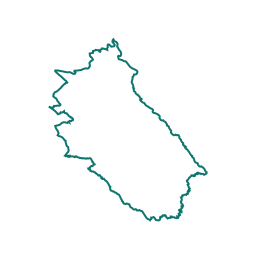 outline of Marolambo, Atsinanana, Madagascar, rotated 305°
{"feature_id": "10022922B10629043557873", "entity_name": "Marolambo", "entity_type": "district", "adm_level": 2, "iso_a3": "MDG", "parent_name": "Madagascar", "parent_adm1": "Atsinanana", "projection": "equal_earth", "projection_center": [47.828, -20.084], "detail": "fine", "context": "isolated", "style": "outline", "palette": "teal", "viewbox_px": 256, "rotation_deg": 305, "n_neighbors": 0, "source": "geoboundaries", "source_scale": "gbopen_adm2", "svg_char_len": 5782}
<svg xmlns="http://www.w3.org/2000/svg" viewBox="0 0 256 256"><g transform="rotate(305 128 128)"><path d="M71.3,121.9L71.7,123.6L72.3,124.1L72.8,127.0L72.4,127.5L72.5,129.2L72.1,131.1L72.6,131.6L72.9,131.6L73.2,132.2L72.4,133.7L72.6,135.2L72.3,135.5L71.6,135.3L71.6,136.0L71.9,136.8L72.6,137.4L72.0,139.4L72.1,141.2L70.6,144.8L70.0,145.7L69.7,147.3L68.7,147.4L68.1,148.4L67.5,148.7L66.9,149.7L67.3,150.8L67.3,151.7L67.9,153.0L67.6,153.9L68.2,155.6L67.8,156.6L68.2,158.8L67.1,161.2L66.4,162.1L65.3,164.5L64.7,164.9L64.8,166.1L63.9,167.0L63.7,168.2L64.2,168.9L64.4,169.8L65.2,170.1L65.9,171.4L65.8,172.3L66.2,172.9L64.6,175.3L64.8,177.4L64.5,179.2L64.9,180.2L66.0,180.9L65.9,182.2L65.6,182.7L66.6,184.0L67.4,184.5L67.3,185.5L67.9,187.3L64.9,194.9L64.8,196.8L65.2,197.8L65.1,198.8L65.4,198.7L66.7,199.3L67.9,198.4L68.4,199.2L69.7,200.0L69.7,201.0L68.6,203.6L70.0,206.3L71.4,206.7L72.9,206.0L73.3,205.5L73.7,205.5L74.2,206.4L74.5,206.1L75.2,206.6L76.2,206.5L76.6,207.7L77.6,207.8L77.9,208.4L77.8,209.0L77.6,209.6L77.2,209.8L76.6,212.3L77.4,212.7L79.0,214.5L79.3,214.6L80.0,213.8L80.5,214.3L80.6,214.8L80.4,215.7L81.4,217.0L81.4,218.1L82.1,219.0L82.1,219.7L82.5,220.0L83.6,219.2L83.6,220.0L84.1,219.6L84.5,220.3L85.5,219.7L86.5,220.5L86.9,220.2L87.0,218.9L87.5,219.2L88.4,218.8L88.9,218.9L89.7,220.2L90.6,219.6L90.8,218.8L90.7,218.1L89.9,217.7L89.8,217.1L90.1,216.9L92.0,218.0L93.7,218.2L94.0,217.1L94.6,216.7L95.3,217.9L95.8,217.9L96.8,216.1L96.7,215.2L97.8,213.8L98.0,213.5L99.3,213.6L100.5,212.9L101.4,211.4L101.6,211.7L102.5,211.6L103.0,211.9L103.6,211.2L104.0,211.2L106.3,213.1L106.7,214.1L107.5,213.9L107.8,214.5L108.2,214.7L108.6,214.8L109.4,213.8L110.5,213.3L111.0,214.5L112.0,214.5L112.4,213.9L112.5,213.1L113.2,213.1L113.4,213.4L113.8,213.4L114.2,211.9L114.5,211.8L115.7,209.5L116.6,209.9L117.2,209.6L118.2,206.7L118.9,206.4L120.4,206.9L121.8,206.6L125.0,207.3L125.6,207.1L126.4,208.2L126.0,209.0L126.4,209.7L127.2,210.3L127.6,210.2L127.9,209.4L128.9,209.6L129.7,210.1L129.7,211.1L130.1,211.4L130.9,210.4L131.1,210.4L131.5,211.0L131.5,211.6L131.8,211.8L131.7,212.6L132.1,213.1L132.1,214.1L132.6,214.3L133.5,216.1L133.3,217.2L135.6,218.4L136.0,218.3L136.9,217.7L136.7,216.8L138.2,214.2L138.7,212.2L138.5,211.2L138.6,210.0L138.0,209.6L137.5,208.6L138.0,206.4L139.1,205.3L138.5,202.9L139.3,201.2L141.0,199.0L141.1,198.5L140.9,198.0L141.3,196.8L142.0,196.4L141.9,195.1L143.3,192.1L144.4,188.5L144.3,186.8L145.0,186.0L145.7,186.2L145.8,185.4L145.2,185.2L145.6,184.3L145.8,182.9L146.2,182.9L146.5,182.2L147.3,181.9L147.4,180.4L148.1,178.6L148.7,178.2L149.1,176.3L149.9,175.2L150.5,174.9L151.0,173.8L150.9,172.9L149.9,171.9L149.8,170.7L148.9,170.4L148.3,169.5L148.3,167.8L148.9,165.8L150.3,165.1L150.7,164.4L151.0,163.0L151.9,161.2L152.7,160.3L152.4,158.4L153.3,157.9L154.4,155.3L154.2,154.0L154.5,152.4L153.6,151.6L153.4,150.0L154.2,148.1L155.7,147.3L156.1,146.7L156.2,144.2L155.7,141.6L155.2,140.7L155.1,139.5L155.4,138.9L157.2,138.1L157.4,137.0L156.9,133.8L157.1,132.6L156.8,130.8L156.9,129.2L157.8,126.9L157.4,125.7L157.5,122.8L158.1,121.7L158.4,121.7L158.8,122.6L159.5,122.6L159.7,120.2L160.4,119.4L160.5,117.3L160.9,116.9L160.5,115.8L160.6,115.2L160.9,114.3L161.7,113.3L161.6,111.9L162.5,110.7L163.3,110.4L163.7,109.6L163.9,109.9L164.3,109.2L165.7,108.0L167.6,104.7L171.6,103.2L172.2,102.5L173.5,102.8L175.2,102.2L176.4,103.7L177.6,104.1L179.3,103.6L179.9,103.0L180.0,101.0L179.3,97.4L179.3,94.6L181.2,88.5L181.2,87.7L180.3,86.1L180.4,84.6L179.3,81.6L179.2,80.8L181.0,78.7L181.7,78.9L182.5,80.4L183.2,80.6L184.7,80.0L186.2,78.4L187.1,75.4L187.9,74.1L188.5,72.4L190.7,71.4L191.1,70.9L191.8,69.2L191.3,66.9L192.3,65.2L191.4,65.0L189.8,65.7L189.4,66.3L188.7,69.0L188.3,69.6L187.1,69.8L185.1,67.8L185.5,64.8L185.3,64.1L184.8,63.7L184.1,63.8L182.6,65.1L181.2,65.2L180.1,66.2L179.8,64.5L178.4,61.1L177.6,61.3L176.3,60.4L174.9,61.5L174.4,61.5L174.2,60.7L174.8,59.1L173.9,57.9L173.6,56.8L172.5,56.5L171.0,55.1L169.5,56.2L167.1,53.9L165.3,55.4L164.9,56.5L164.9,58.0L163.9,60.1L163.0,60.0L161.2,59.1L159.5,59.1L159.1,59.1L157.2,61.2L156.3,61.1L155.4,61.5L153.8,61.1L153.3,60.6L152.7,59.2L150.4,57.3L148.8,56.5L145.2,52.7L144.4,51.4L143.7,51.5L143.2,53.3L141.7,53.3L141.1,52.4L140.4,48.3L138.8,46.4L134.8,37.3L133.8,36.2L133.5,35.5L133.1,35.5L132.7,36.0L131.9,41.3L131.9,43.2L131.1,48.4L131.0,50.4L130.4,52.2L130.0,52.1L129.0,51.0L128.4,51.2L126.9,50.5L124.5,50.2L123.8,49.9L123.3,50.1L121.5,49.8L116.9,48.7L115.7,47.7L113.4,47.5L112.9,48.0L112.2,48.0L111.1,48.6L110.8,50.4L111.0,51.1L110.8,52.9L109.6,54.9L109.3,56.3L108.7,57.6L108.7,58.9L108.1,59.4L107.0,59.1L105.5,56.9L105.0,56.6L103.6,54.7L102.3,55.2L101.6,54.4L100.9,54.3L100.1,50.9L100.2,55.7L100.0,59.0L99.6,61.2L99.0,62.6L99.5,63.2L100.4,63.4L100.8,64.0L102.2,63.8L102.6,64.9L103.1,65.3L105.1,66.0L104.2,66.8L104.0,67.3L104.8,69.2L104.5,69.4L104.5,71.3L103.9,72.3L104.1,73.7L103.7,74.9L103.8,75.1L104.0,74.8L104.2,75.2L104.0,75.8L104.2,76.4L103.7,77.9L102.8,78.4L102.3,77.8L101.0,77.5L100.4,76.2L99.7,76.2L99.3,75.8L98.9,76.4L98.9,75.7L98.6,75.5L97.5,75.6L96.1,72.3L94.6,71.1L91.4,70.2L87.9,67.2L86.4,69.2L85.2,72.3L83.9,74.2L81.7,74.5L81.7,75.9L82.3,77.4L82.6,79.2L82.4,80.9L81.6,83.2L81.8,84.2L80.9,84.7L78.2,88.0L78.0,89.9L75.4,92.4L74.0,92.6L69.3,92.3L69.6,92.9L69.3,93.2L69.9,93.7L70.0,94.6L70.5,94.6L70.6,95.0L70.2,95.2L70.4,96.1L71.2,95.7L71.3,96.5L72.0,96.5L71.8,97.3L73.4,99.6L73.4,100.6L73.6,101.2L74.0,101.5L74.6,101.3L75.1,101.8L75.3,104.1L75.8,105.2L75.8,106.0L76.4,106.5L76.6,107.2L77.0,107.5L77.1,108.4L78.1,109.4L78.7,111.2L79.8,111.8L80.0,112.8L81.4,114.0L81.6,114.9L80.2,118.1L79.7,118.4L79.9,119.1L79.1,120.4L79.1,121.1L78.8,120.9L78.6,121.3L77.5,120.7L76.5,120.8L75.7,119.7L74.2,119.4L73.5,119.7L72.1,118.6L71.6,119.4L72.1,121.1L71.8,121.7L71.3,121.9Z" fill="none" stroke="#0f766e" stroke-width="2"/></g></svg>